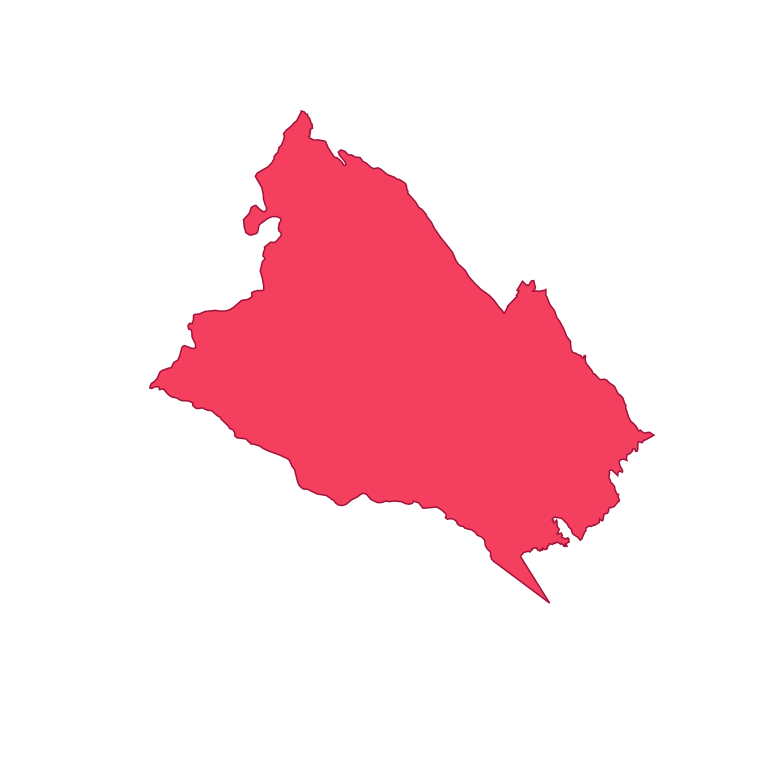 the district of Zapotitlán de Vadillo, Jalisco, Mexico, rotated 57°
{"feature_id": "50627088B48425886869278", "entity_name": "Zapotitlán de Vadillo", "entity_type": "district", "adm_level": 2, "iso_a3": "MEX", "parent_name": "Mexico", "parent_adm1": "Jalisco", "projection": "orthographic", "projection_center": [-103.756, 19.503], "detail": "fine", "context": "isolated", "style": "filled", "palette": "rose", "viewbox_px": 768, "rotation_deg": 57, "n_neighbors": 0, "source": "geoboundaries", "source_scale": "gbopen_adm2", "svg_char_len": 6170}
<svg xmlns="http://www.w3.org/2000/svg" viewBox="0 0 768 768"><g transform="rotate(57 384 384)"><path d="M658.0,364.4L603.2,363.5L602.4,362.2L601.4,358.5L602.9,353.9L604.3,353.3L603.6,349.5L602.8,349.4L603.0,348.5L604.4,345.4L606.9,345.6L609.1,344.0L608.2,343.1L609.7,341.7L609.4,341.2L608.5,341.4L607.9,340.4L610.4,339.3L610.9,338.2L611.1,337.1L610.3,336.9L610.3,335.9L609.2,335.5L609.1,333.6L607.9,332.5L610.2,330.2L610.4,329.4L609.8,328.5L611.1,327.0L610.5,325.6L611.0,324.6L613.0,323.9L614.2,322.7L614.5,323.0L614.6,321.9L618.3,321.4L618.7,320.8L617.5,320.1L619.8,319.2L619.7,318.7L617.0,318.6L617.3,314.7L616.1,314.7L615.3,313.6L614.5,313.4L614.3,314.1L613.2,313.5L612.5,316.3L609.6,318.4L608.8,318.4L608.3,317.0L605.6,316.5L604.3,320.4L601.3,316.1L597.4,316.3L593.7,313.8L592.2,313.5L593.3,316.6L592.2,317.4L590.6,315.9L589.7,317.0L588.5,315.6L588.4,314.6L588.7,313.2L593.5,308.1L601.3,306.5L604.3,307.0L607.9,306.1L610.9,307.2L613.2,307.1L618.0,305.0L621.9,304.4L621.7,302.6L617.4,296.2L617.2,294.8L614.7,292.9L614.8,289.7L616.5,287.5L616.3,285.3L617.2,284.5L617.4,279.0L614.5,276.7L616.4,276.3L617.7,275.4L617.6,274.7L613.6,270.8L613.2,268.8L614.1,267.3L613.9,266.5L613.0,265.0L610.8,263.2L610.4,262.1L611.3,261.3L612.2,257.6L610.5,252.8L610.3,250.5L609.6,249.8L606.4,249.2L604.3,247.4L603.6,248.4L602.6,248.5L598.2,247.8L595.7,246.5L591.3,246.8L589.7,247.5L588.3,246.7L584.5,246.1L581.7,243.4L580.0,242.9L579.4,241.9L579.7,240.7L580.8,239.6L588.1,237.9L585.8,236.1L585.4,234.7L585.6,233.7L587.8,232.2L586.8,231.1L580.6,230.5L578.2,229.6L576.4,227.9L576.8,225.2L578.1,223.5L580.4,221.9L578.5,221.3L575.6,218.6L576.2,216.7L576.1,214.6L575.3,211.8L574.0,211.1L574.2,209.7L575.3,208.9L576.9,209.7L577.7,209.4L578.2,208.4L577.5,207.2L571.0,202.6L572.2,200.8L573.9,199.5L572.6,196.2L573.3,195.5L574.0,185.5L569.1,187.6L567.8,190.1L567.8,191.4L565.4,193.3L562.3,194.0L561.9,196.1L557.7,195.6L551.7,196.5L550.9,197.3L545.9,197.1L536.0,194.4L533.5,192.7L531.7,192.8L525.6,191.2L523.3,191.9L522.5,191.6L519.9,193.0L511.4,192.0L505.3,194.5L502.2,195.0L500.0,196.5L498.5,199.8L496.9,200.8L490.8,201.7L489.2,202.8L485.7,202.4L476.9,203.2L473.1,202.1L470.6,199.8L469.6,199.8L469.5,201.1L470.8,202.5L470.6,203.2L467.3,203.5L464.2,205.8L462.5,206.4L462.4,207.2L459.5,208.6L456.2,208.0L449.6,204.3L443.6,204.9L435.4,203.2L426.7,202.5L422.7,202.9L415.5,201.1L407.5,201.6L399.4,199.9L398.0,200.1L392.9,196.8L392.9,198.1L390.7,203.6L388.3,206.3L387.4,208.4L385.9,204.6L378.8,202.1L377.8,204.4L380.1,209.1L379.2,209.5L379.1,210.6L373.2,211.9L377.9,221.5L379.8,220.1L381.9,224.8L382.8,224.3L386.0,237.9L386.4,237.7L390.1,244.4L388.8,245.1L387.6,244.7L381.9,245.7L374.2,246.1L367.1,247.4L357.1,251.3L350.2,252.8L340.4,254.4L332.8,254.0L323.7,256.4L319.6,256.4L311.0,254.8L291.5,256.7L280.9,257.0L274.4,256.2L266.7,256.8L264.4,256.3L258.2,257.1L254.7,258.7L248.4,258.4L238.1,260.0L236.6,259.9L234.9,258.8L233.6,259.0L229.7,257.1L227.3,256.9L220.6,259.8L219.5,261.5L216.4,262.6L209.9,267.3L202.3,269.6L199.5,271.2L197.9,275.2L195.4,276.9L189.2,278.5L186.0,280.4L181.1,280.7L177.9,284.6L174.0,286.5L173.3,288.0L171.7,289.4L167.4,290.1L164.2,292.6L164.6,296.0L167.6,296.7L175.0,295.8L178.2,296.0L179.1,296.3L179.5,297.7L178.2,298.8L175.8,298.3L172.3,299.0L168.4,300.3L167.4,301.6L165.9,302.2L155.6,302.2L149.3,301.0L148.1,301.3L143.3,306.4L141.5,309.7L137.7,312.1L135.6,312.4L135.6,311.0L133.7,310.3L133.5,309.1L131.6,308.6L131.7,307.7L130.1,307.1L130.6,304.7L126.9,302.8L125.6,303.1L120.6,301.7L118.1,302.3L116.2,301.2L115.1,302.6L112.5,302.6L110.0,304.7L110.8,305.3L115.6,313.7L116.1,317.6L117.1,320.4L118.0,328.2L119.4,332.0L122.2,332.8L125.3,336.1L127.9,340.1L128.4,343.1L132.2,347.1L132.1,348.6L133.3,352.1L135.3,353.6L137.3,357.5L138.7,362.9L138.0,375.1L139.7,378.8L152.7,379.5L159.8,382.2L162.8,384.2L169.3,386.1L171.2,386.1L173.7,387.5L174.6,390.4L173.4,391.6L170.0,393.0L164.4,394.2L163.8,395.7L163.7,399.4L166.6,402.7L167.9,405.2L169.6,412.3L176.3,415.7L181.9,417.4L185.9,415.5L187.1,413.4L188.3,409.0L187.8,407.3L182.5,402.0L181.9,392.6L182.2,389.0L182.8,386.4L185.5,382.5L188.4,380.7L189.8,380.9L190.9,381.5L192.2,384.4L196.1,387.9L198.6,388.7L201.7,388.0L203.7,389.9L205.8,397.2L205.4,399.2L203.3,401.8L204.1,409.7L205.3,409.9L208.5,414.0L210.8,415.8L213.3,415.4L214.3,415.8L215.1,419.3L221.6,426.1L229.2,428.5L236.9,431.8L239.5,433.6L239.4,435.1L236.6,439.4L235.4,443.7L235.4,445.4L238.6,446.9L239.0,448.3L238.8,452.5L236.3,457.9L237.8,468.7L237.7,472.6L236.3,477.6L232.7,483.0L230.6,485.0L225.7,494.6L224.7,500.7L222.4,505.3L222.8,506.4L227.1,509.4L227.7,511.1L228.7,511.7L229.0,512.3L227.2,514.0L228.2,516.5L231.5,518.0L233.0,516.5L235.3,516.6L240.1,519.4L247.3,520.3L250.7,521.9L250.8,523.4L249.8,525.5L243.6,530.0L243.0,530.7L242.8,532.2L243.6,534.0L248.8,539.6L251.6,543.7L251.5,548.7L254.5,553.6L253.3,556.2L251.8,562.7L251.9,565.3L255.8,571.1L256.8,575.3L256.9,578.8L258.9,581.9L260.1,582.5L261.3,581.2L261.5,578.2L263.2,574.7L264.6,574.6L266.4,575.4L267.9,571.7L273.8,571.0L277.0,570.2L280.0,568.5L282.5,565.6L286.3,563.8L288.4,562.0L291.6,557.3L295.6,554.7L297.9,556.0L301.9,555.0L303.4,553.2L305.1,549.4L309.3,546.8L312.6,543.1L320.0,541.0L322.8,539.4L324.8,539.7L333.8,537.6L337.6,537.5L340.0,535.7L343.3,535.7L346.5,537.4L349.0,536.7L354.8,529.8L362.0,528.1L363.6,525.9L368.6,521.8L371.4,520.9L376.8,517.7L385.6,511.0L393.3,506.0L395.9,504.9L403.3,505.9L406.9,505.6L419.7,509.9L423.0,510.3L426.3,509.6L428.2,508.8L430.5,505.6L439.9,499.9L445.9,493.3L450.3,491.2L452.3,490.8L454.1,489.5L456.9,489.5L460.1,488.5L463.2,485.4L464.3,481.2L463.5,474.2L464.2,467.7L463.8,462.8L465.0,460.1L467.3,458.7L473.6,457.9L479.9,454.1L482.1,450.6L483.1,446.3L485.3,444.0L487.8,438.9L492.4,433.4L496.2,431.0L498.5,428.4L499.5,425.4L498.6,422.8L502.5,419.6L509.4,419.0L516.0,406.7L521.1,404.2L526.3,402.9L528.0,403.1L529.3,405.2L530.2,405.2L532.0,404.4L532.7,402.4L535.0,399.3L538.9,398.1L541.6,398.7L544.3,397.6L546.7,395.1L548.8,394.7L552.5,391.7L553.5,390.2L557.7,388.4L561.7,388.1L565.8,385.2L569.9,384.7L575.0,387.1L578.7,387.2L582.4,386.4L585.0,387.0L586.2,388.6L587.7,388.3L588.9,389.2L592.2,388.7L658.0,364.4Z" fill="#f43f5e" stroke="#9f1239" stroke-width="1.5"/></g></svg>